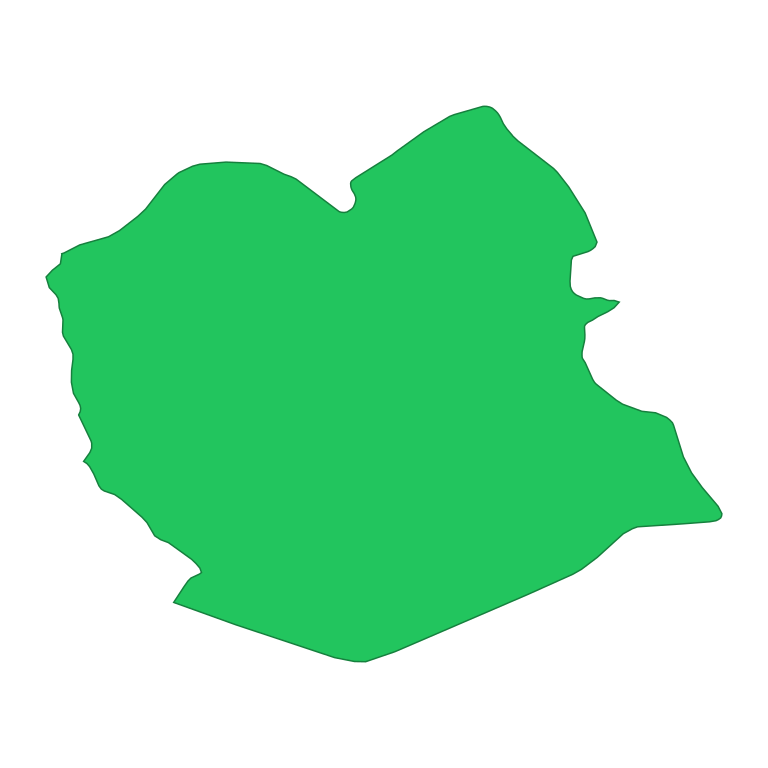 an SVG outline of Oruro
{"feature_id": "BOL-1937", "entity_name": "Oruro", "entity_type": "Department", "adm_level": 1, "iso_a3": "BOL", "parent_name": "Bolivia", "parent_adm1": "", "projection": "albers", "projection_center": [-67.639, -18.613], "detail": "fine", "context": "isolated", "style": "filled", "palette": "green", "viewbox_px": 768, "rotation_deg": 0, "n_neighbors": 0, "source": "natural_earth", "source_scale": "10m", "svg_char_len": 2456}
<svg xmlns="http://www.w3.org/2000/svg" viewBox="0 0 768 768"><path d="M83.6,461.4L89.9,452.5L91.7,448.2L91.7,443.2L91.0,440.8L78.8,415.3L78.7,415.1L78.7,414.8L80.2,411.7L80.7,408.6L80.1,405.5L78.7,402.6L73.5,393.4L71.4,382.2L71.6,370.4L73.0,359.4L73.0,354.2L71.4,349.5L63.4,336.1L62.5,332.3L63.0,319.9L62.6,317.8L59.3,308.1L59.1,306.1L59.0,303.7L58.2,298.4L56.0,294.7L49.3,287.6L46.1,277.0L52.4,270.2L60.4,263.8L61.9,253.9L61.8,253.7L64.0,253.0L79.8,244.9L108.4,236.8L119.5,230.6L137.9,216.3L145.6,209.1L164.7,184.5L176.9,174.1L179.0,172.6L192.6,166.2L199.9,164.2L226.0,162.1L260.1,163.5L266.7,165.5L284.0,174.2L291.3,176.8L296.1,179.1L339.0,211.5L340.2,212.0L341.5,212.3L344.2,212.5L347.1,212.0L351.7,209.0L353.3,207.3L354.4,204.9L355.1,203.3L355.7,200.9L355.9,199.4L355.8,198.0L355.6,196.9L354.3,193.7L352.2,190.4L351.5,188.8L350.9,186.9L350.6,183.6L350.9,182.1L351.7,180.9L355.8,177.7L392.0,155.0L397.2,150.9L423.9,131.7L449.7,116.4L454.3,114.6L482.8,106.4L484.8,106.3L486.8,106.4L489.6,107.0L491.1,107.6L492.5,108.3L495.7,111.0L497.5,112.9L499.0,115.0L500.4,117.4L503.3,123.7L506.9,129.0L512.1,135.1L512.8,136.1L517.9,140.9L553.6,168.5L557.4,172.4L568.7,186.9L585.1,212.9L597.0,242.1L595.2,246.6L593.0,248.6L590.6,250.3L588.0,251.6L573.0,256.3L571.4,260.0L570.0,281.2L570.3,286.4L571.2,289.2L572.5,291.6L574.3,293.5L576.4,295.1L583.7,298.4L586.4,299.0L589.1,298.9L594.8,297.9L600.6,297.8L602.9,298.4L607.4,300.2L609.5,300.6L614.2,300.5L619.2,302.1L614.1,307.7L607.8,311.7L598.0,316.5L592.5,320.1L587.8,322.4L585.5,324.5L584.6,326.0L584.5,327.4L584.9,334.9L584.8,338.7L584.4,341.5L582.1,351.7L582.0,354.3L582.1,357.2L582.4,358.1L582.5,358.5L585.2,362.7L592.7,379.4L594.4,382.2L595.7,383.7L598.1,385.7L616.3,400.2L622.6,404.2L641.8,411.3L655.6,412.8L666.6,417.4L669.8,420.0L672.4,422.7L673.5,425.1L683.0,455.6L683.4,456.9L691.6,472.9L702.2,487.5L718.1,506.3L721.9,513.7L721.6,515.9L720.7,517.9L718.5,519.5L716.0,520.7L709.6,521.8L683.2,523.8L637.6,526.8L632.4,528.7L623.3,533.7L597.2,557.4L581.5,569.3L572.9,574.2L527.9,594.4L462.0,622.8L394.9,651.7L365.7,661.7L354.5,661.5L334.6,657.6L235.9,624.8L174.7,602.8L173.7,602.4L183.3,587.8L183.3,587.7L188.0,581.0L191.0,578.0L199.6,574.0L201.5,572.5L199.9,568.1L196.0,563.5L191.6,559.3L168.4,542.6L160.7,539.7L154.7,535.8L147.0,522.6L142.0,517.2L121.5,499.3L114.6,494.5L104.3,491.0L101.3,489.1L98.9,485.8L93.7,473.8L89.6,466.6L87.0,463.6L83.6,461.4Z" fill="#22c55e" stroke="#15803d" stroke-width="1.5"/></svg>